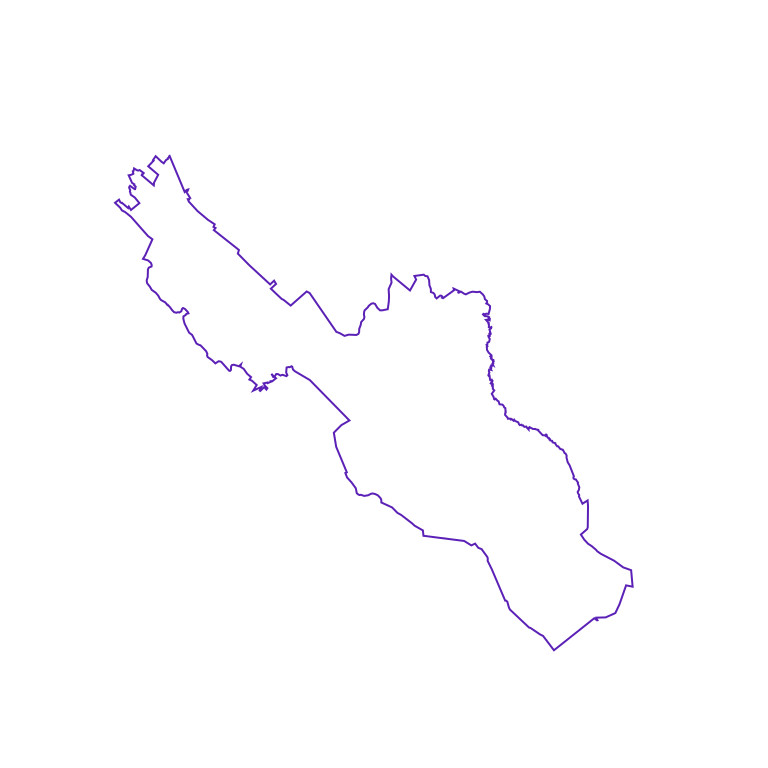 Aquismón, San Luis Potosí, Mexico, rotated 324°
{"feature_id": "50627088B80825947676467", "entity_name": "Aquismón", "entity_type": "district", "adm_level": 2, "iso_a3": "MEX", "parent_name": "Mexico", "parent_adm1": "San Luis Potosí", "projection": "equal_earth", "projection_center": [-99.086, 21.748], "detail": "fine", "context": "isolated", "style": "outline", "palette": "violet", "viewbox_px": 768, "rotation_deg": 324, "n_neighbors": 0, "source": "geoboundaries", "source_scale": "gbopen_adm2", "svg_char_len": 6112}
<svg xmlns="http://www.w3.org/2000/svg" viewBox="0 0 768 768"><g transform="rotate(324 384 384)"><path d="M365.0,699.3L416.4,697.1L417.5,700.5L417.8,700.6L417.9,698.7L418.4,697.8L426.1,703.1L436.5,705.3L445.1,700.6L461.5,689.2L466.0,694.1L474.5,679.9L469.7,672.9L466.3,662.2L459.6,648.8L458.2,644.7L458.1,642.8L456.7,637.1L455.2,633.2L454.5,627.6L454.8,621.5L463.0,620.8L464.6,619.7L477.3,602.7L480.3,597.9L474.2,597.5L475.6,589.6L476.6,588.7L476.8,586.2L477.3,585.1L479.1,584.4L481.3,582.4L482.3,578.4L483.0,577.9L483.1,573.9L482.3,573.2L481.8,571.9L482.5,570.7L483.4,570.3L486.4,558.7L486.6,555.4L488.4,550.8L489.7,549.2L490.0,547.1L489.5,546.1L490.0,543.1L489.7,542.4L489.9,542.1L488.4,540.1L488.3,536.9L487.5,536.2L487.4,533.6L487.8,532.5L486.1,530.3L486.6,528.8L485.3,527.3L485.8,526.3L485.2,525.9L485.7,524.8L485.1,524.2L485.1,522.7L484.5,521.6L485.6,521.1L485.7,520.5L485.4,520.1L484.2,520.3L482.3,518.7L481.4,512.1L481.8,511.7L480.4,510.3L480.0,509.3L478.2,508.1L476.4,504.5L475.7,505.0L475.0,504.4L474.2,505.7L473.9,503.1L474.1,502.1L472.3,501.1L472.2,499.3L471.4,498.9L471.4,497.8L469.7,497.1L469.6,495.7L470.1,493.9L468.3,490.9L468.3,489.4L467.2,489.8L466.6,487.3L465.7,487.3L465.6,486.1L463.8,484.9L464.2,484.0L463.8,480.3L464.4,479.3L465.6,478.7L465.7,478.0L466.5,477.6L466.7,476.8L468.0,474.9L467.5,473.6L467.9,472.0L467.7,470.3L465.5,468.3L466.5,465.4L466.0,464.3L465.7,461.5L464.4,461.5L464.2,460.9L465.1,458.7L465.4,455.3L469.4,454.0L469.2,451.8L469.9,451.1L470.3,449.9L470.8,449.7L470.4,448.9L472.0,448.2L472.1,446.4L470.8,446.6L470.7,446.2L473.6,445.3L473.7,444.1L472.8,444.4L472.2,443.2L474.3,439.2L473.5,438.9L473.6,438.2L476.0,436.7L476.2,435.5L477.3,434.3L477.8,434.1L479.0,435.6L479.1,434.9L479.9,434.4L479.8,433.0L481.5,432.1L481.7,432.9L483.1,432.0L483.4,432.9L483.8,431.2L484.4,431.2L484.8,432.1L484.9,430.5L485.4,429.8L486.1,430.0L486.6,428.9L485.7,428.4L486.0,427.0L485.5,426.7L485.6,425.9L486.9,425.4L486.3,424.2L487.8,423.9L487.1,420.0L487.4,417.0L489.0,414.3L489.8,414.3L490.0,412.7L490.7,412.9L492.0,411.3L493.8,411.7L496.0,409.8L496.3,407.2L496.8,406.3L497.4,406.5L497.3,408.1L498.9,405.1L499.2,405.0L499.4,406.3L499.8,406.2L501.3,402.0L503.3,401.9L504.1,401.4L504.3,401.0L503.0,400.7L502.2,399.7L503.9,397.5L503.9,396.6L504.6,396.3L504.2,392.1L505.9,393.0L506.9,394.6L507.9,393.5L507.2,392.4L507.4,391.9L508.3,391.7L507.8,390.3L505.4,388.3L505.0,385.9L505.7,385.7L506.7,387.1L508.1,387.2L509.8,388.8L514.2,385.2L515.6,383.3L514.9,380.3L514.1,379.0L515.4,378.5L516.2,377.4L515.5,374.8L516.6,372.0L516.6,369.6L515.8,365.7L513.3,364.4L509.8,361.3L506.7,360.2L502.9,359.6L502.0,358.3L500.5,354.4L498.1,354.1L497.9,353.7L499.3,353.0L496.4,347.7L495.7,349.3L482.2,349.3L481.7,348.4L482.6,348.3L482.4,346.5L481.5,345.5L476.9,345.7L476.6,343.6L477.6,341.4L477.5,339.4L476.0,337.2L477.8,334.6L478.8,330.8L481.6,326.4L482.5,322.4L480.9,320.9L480.4,318.9L472.1,314.5L471.4,318.4L460.0,323.6L454.5,302.1L454.3,299.9L451.7,302.9L449.7,306.4L443.5,310.0L439.8,315.8L436.3,320.2L431.0,325.7L425.9,323.4L424.1,322.1L423.4,318.6L423.8,313.9L422.7,312.3L421.0,311.6L417.6,311.8L415.8,312.5L411.7,313.0L410.2,314.1L408.5,316.1L407.6,318.2L406.0,319.6L401.9,320.5L399.8,322.6L396.4,324.8L394.3,327.5L392.7,328.4L390.5,328.1L384.4,323.3L380.4,321.9L378.1,316.9L376.1,313.8L377.3,266.7L375.8,263.7L354.6,265.7L352.2,256.9L351.2,255.0L348.5,240.4L355.5,239.6L355.8,235.8L350.4,236.5L344.8,208.5L342.4,192.6L345.4,190.3L336.8,159.5L339.4,158.8L338.4,156.7L340.9,155.3L338.1,147.8L334.8,134.5L333.3,121.7L333.9,119.2L335.1,120.1L336.1,119.2L336.5,119.4L337.0,112.3L338.8,112.3L339.9,111.5L338.3,111.0L335.6,111.5L344.6,73.5L344.0,73.5L343.8,74.2L341.7,74.3L341.4,74.9L339.3,74.7L335.5,76.0L334.6,73.3L333.2,65.5L328.7,67.1L328.9,67.9L321.2,69.3L324.3,82.0L316.4,85.9L314.5,88.0L310.7,72.6L311.5,72.1L312.9,72.4L313.6,72.1L312.1,67.3L310.7,66.9L309.9,66.1L308.5,62.7L306.6,64.4L305.8,64.3L304.8,66.6L302.3,66.1L300.1,65.1L298.4,73.2L299.4,75.7L298.7,76.1L299.1,78.4L296.6,80.6L296.9,80.0L295.0,74.4L293.6,74.9L293.1,75.6L292.7,77.9L291.4,79.1L291.4,79.9L290.4,82.0L292.0,86.6L292.4,93.9L281.6,94.5L281.8,90.5L280.4,91.3L278.5,83.4L278.1,83.4L277.5,82.0L278.0,79.1L272.9,79.3L274.2,86.3L274.0,89.5L275.6,92.6L277.6,100.1L280.0,125.5L281.7,130.8L266.7,139.4L262.6,141.1L265.8,145.4L266.6,149.1L266.0,151.2L265.0,152.3L262.3,151.6L260.4,152.5L255.7,158.6L253.1,160.5L251.8,162.6L251.6,163.6L251.8,167.8L251.4,171.3L253.0,176.1L253.3,179.9L252.8,183.3L253.0,185.1L255.0,189.4L255.2,192.8L255.6,192.8L256.0,196.1L256.0,199.9L256.4,202.5L257.9,204.3L259.5,204.8L260.5,205.9L262.8,206.0L264.8,204.5L266.1,204.4L267.1,206.4L267.6,210.4L267.3,211.9L265.3,211.1L264.1,211.6L261.5,211.4L260.0,213.3L258.2,217.8L256.5,227.9L257.6,231.6L256.1,241.0L257.2,243.4L258.3,244.9L259.4,253.0L258.8,255.8L257.6,256.9L257.2,258.5L258.9,263.7L259.7,268.2L263.6,268.4L265.0,269.8L265.4,270.8L266.5,282.2L267.1,282.9L268.4,282.7L270.6,279.9L272.0,279.3L273.7,280.0L277.1,284.4L279.8,284.1L277.9,285.5L279.4,289.3L279.3,295.4L280.5,300.3L277.7,301.3L279.1,303.7L280.4,310.0L274.3,312.5L283.1,314.3L279.6,316.1L279.8,316.9L285.2,316.1L285.6,319.4L287.2,318.8L286.7,315.5L287.0,312.7L290.6,314.3L290.4,314.9L294.4,315.9L294.4,315.4L295.4,316.1L300.0,315.9L299.6,314.2L298.5,313.4L298.9,309.6L299.3,312.9L299.9,313.7L302.7,312.6L304.0,313.6L305.2,316.3L307.3,316.9L309.7,320.3L311.0,320.1L311.6,317.2L314.9,313.4L316.8,314.2L317.6,315.0L319.6,315.3L319.9,316.1L318.9,318.7L319.4,321.3L326.3,337.2L334.6,393.2L325.3,392.2L314.8,393.9L308.4,406.7L302.0,433.6L300.4,433.3L299.2,437.9L299.9,444.5L299.9,451.8L297.8,456.3L298.2,458.2L298.9,459.4L300.2,460.1L302.2,462.9L305.8,464.7L309.1,465.2L310.6,466.0L312.3,468.0L313.6,470.5L314.1,474.4L313.7,476.2L312.2,478.3L318.0,488.6L319.1,496.1L320.9,500.0L324.8,513.2L325.5,516.7L329.4,525.3L326.7,530.0L356.6,558.1L359.8,565.9L363.9,566.7L364.0,572.0L365.9,574.9L365.9,584.8L365.3,586.3L363.9,588.0L362.3,597.3L354.7,630.5L355.5,631.1L355.8,632.6L353.7,638.2L353.3,640.5L358.2,666.3L359.1,667.4L363.0,678.2L364.6,681.3L365.0,699.3Z" fill="none" stroke="#5b21b6" stroke-width="2"/></g></svg>